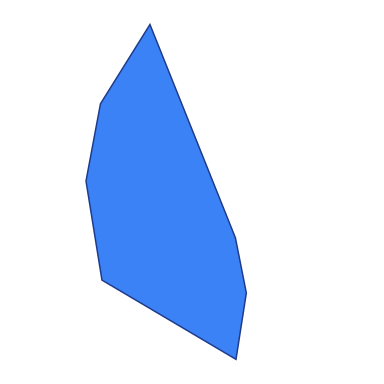 West End, Natural Earth projection, rotated 121°
{"feature_id": "AIA-5127", "entity_name": "West End", "entity_type": "District", "adm_level": 1, "iso_a3": "AIA", "parent_name": "Anguilla", "parent_adm1": "", "projection": "natural_earth1", "projection_center": [-63.137, 18.189], "detail": "fine", "context": "isolated", "style": "filled", "palette": "blue", "viewbox_px": 384, "rotation_deg": 121, "n_neighbors": 0, "source": "natural_earth", "source_scale": "10m", "svg_char_len": 264}
<svg xmlns="http://www.w3.org/2000/svg" viewBox="0 0 384 384"><g transform="rotate(121 192 192)"><path d="M313.9,223.8L237.2,288.5L163.5,315.9L70.1,314.3L208.9,131.2L250.6,93.4L312.8,68.1L313.9,223.8Z" fill="#3b82f6" stroke="#1e3a8a" stroke-width="1.5"/></g></svg>